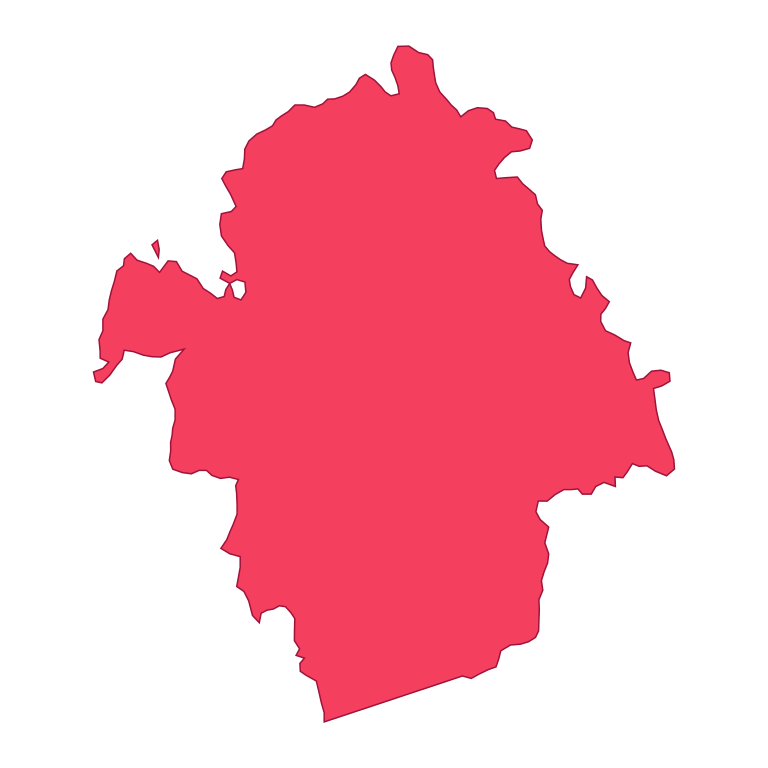 outline of Três Barras, Santa Catarina, Brazil
{"feature_id": "56859067B37392736639425", "entity_name": "Três Barras", "entity_type": "district", "adm_level": 2, "iso_a3": "BRA", "parent_name": "Brazil", "parent_adm1": "Santa Catarina", "projection": "albers", "projection_center": [-50.264, -26.169], "detail": "fine", "context": "isolated", "style": "filled", "palette": "rose", "viewbox_px": 768, "rotation_deg": 0, "n_neighbors": 0, "source": "geoboundaries", "source_scale": "gbopen_adm2", "svg_char_len": 3584}
<svg xmlns="http://www.w3.org/2000/svg" viewBox="0 0 768 768"><path d="M365.4,74.4L359.4,78.2L355.9,84.7L349.6,92.0L342.8,96.2L334.6,98.9L327.6,99.2L322.8,103.8L314.6,107.3L304.3,105.0L294.9,105.0L288.3,111.6L281.9,115.6L276.0,120.0L272.5,125.8L265.4,130.0L256.7,134.1L248.9,141.0L244.8,149.1L244.4,158.9L242.7,168.6L235.4,169.8L226.2,171.8L221.8,178.6L225.8,186.2L230.7,194.6L236.1,206.5L231.3,211.5L221.4,213.7L219.8,224.4L221.4,235.9L228.0,245.6L234.5,252.8L236.1,262.8L236.9,271.9L230.8,275.9L222.5,271.1L220.1,278.2L229.7,283.4L225.8,289.6L224.2,296.5L217.3,298.5L210.4,293.1L203.2,288.5L197.0,278.9L191.3,275.9L182.1,271.2L176.4,261.6L168.1,260.9L159.5,272.4L153.6,266.3L146.5,263.3L137.1,260.2L130.7,253.3L124.4,258.7L123.5,265.8L116.9,270.9L114.5,280.9L111.4,290.9L109.3,299.7L108.0,309.6L102.9,319.1L102.9,330.8L99.0,339.6L100.1,351.1L100.2,358.2L108.8,362.1L102.9,368.5L93.5,372.0L95.7,381.5L101.9,382.9L109.8,375.1L116.6,365.5L122.2,359.1L124.2,350.2L133.4,351.6L143.5,355.2L152.1,356.7L161.0,357.0L170.0,352.8L184.1,349.1L175.4,359.1L172.7,371.2L169.6,377.3L165.9,383.5L168.6,391.5L171.4,400.0L175.1,409.2L175.1,420.0L172.7,428.3L172.1,435.5L170.6,442.5L170.7,450.8L169.3,460.5L172.8,469.2L182.4,472.6L191.4,473.8L199.1,470.4L206.5,470.4L211.9,475.4L220.4,478.4L229.4,477.2L238.4,479.5L235.7,485.7L236.6,493.0L237.1,504.1L237.1,514.1L233.2,524.4L229.8,532.1L226.8,539.6L220.9,548.4L229.8,553.8L240.2,556.6L240.2,567.3L238.4,577.5L236.7,586.5L243.9,591.4L248.7,600.9L252.5,615.5L259.3,622.7L261.1,613.3L266.9,610.2L273.5,609.0L279.3,605.8L285.5,606.7L291.0,612.8L294.8,618.5L294.5,630.0L294.4,640.7L299.6,648.8L296.1,655.4L304.4,658.1L299.9,663.4L300.3,671.3L306.0,675.2L316.3,681.0L318.7,690.9L321.3,702.5L324.2,712.7L324.2,721.9L462.4,676.0L471.3,678.4L479.2,674.0L488.8,669.4L496.0,666.9L498.7,659.1L500.8,650.8L510.5,645.0L520.4,644.2L528.6,641.7L535.5,637.4L538.6,630.9L538.9,620.9L539.3,609.5L538.9,599.8L542.8,590.2L541.4,580.7L544.1,571.8L547.6,563.0L548.7,553.9L544.8,542.8L548.7,527.1L540.1,519.5L535.9,511.7L538.3,501.0L547.2,501.1L555.1,494.6L563.8,489.6L571.3,489.6L577.9,488.9L582.3,494.1L591.3,494.1L595.7,486.5L604.0,482.4L615.4,486.5L615.0,477.0L622.9,477.7L627.1,472.1L632.4,463.6L639.1,466.3L647.0,465.8L655.4,471.2L666.5,475.8L674.5,469.0L673.8,459.7L671.7,452.1L665.8,438.7L662.0,428.7L658.7,420.6L656.3,409.9L654.6,396.6L653.5,388.5L661.8,385.9L670.0,381.2L669.3,372.7L660.8,370.2L651.5,371.2L643.6,378.5L636.4,380.0L632.9,372.0L629.4,362.6L628.1,352.6L630.7,342.9L624.0,340.6L615.1,335.2L605.5,330.7L600.7,321.5L600.9,314.2L605.5,308.5L609.3,301.7L601.8,295.4L596.9,288.1L592.5,280.0L586.6,276.7L585.6,288.1L580.7,298.0L573.9,294.6L570.4,286.5L569.3,279.4L573.1,272.4L577.9,264.8L567.3,263.3L560.5,259.7L554.6,255.6L549.5,251.6L544.7,245.9L543.2,239.1L541.5,230.6L540.8,219.2L542.3,210.3L537.5,203.9L535.4,194.8L527.9,188.2L522.8,183.9L517.3,177.0L506.2,177.7L496.5,178.5L494.5,170.4L499.1,163.7L504.4,157.6L511.4,151.8L520.0,151.0L529.6,148.3L532.3,140.0L526.4,130.7L519.3,128.8L511.8,127.1L505.5,121.0L495.5,119.2L493.5,112.7L487.3,108.5L477.4,107.7L468.4,110.7L460.7,116.8L456.7,110.0L451.2,105.0L447.1,100.0L439.8,92.0L435.7,82.8L434.3,74.3L433.3,67.4L432.6,59.8L427.8,54.7L418.5,52.5L408.9,46.1L397.9,46.4L393.7,55.2L391.0,62.9L391.7,70.1L395.1,77.7L397.9,85.8L399.2,93.8L390.9,95.8L385.1,91.9L381.0,86.7L374.4,80.1L365.4,74.4ZM229.7,283.4L236.9,279.6L244.9,282.0L245.9,292.3L241.0,299.9L234.1,297.3L232.4,290.1L229.7,283.4ZM152.0,244.8L158.4,257.5L159.2,249.5L157.5,240.3L152.0,244.8Z" fill="#f43f5e" stroke="#9f1239" stroke-width="1.5"/></svg>